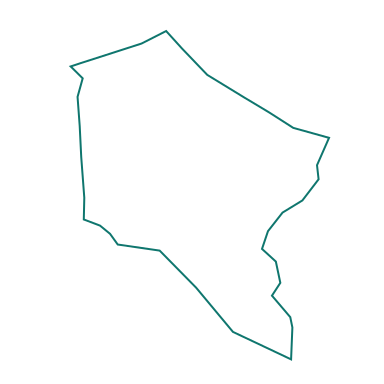 the district of Kanem, Kanem, Chad, rotated 95°
{"feature_id": "50815135B90270246712933", "entity_name": "Kanem", "entity_type": "district", "adm_level": 2, "iso_a3": "TCD", "parent_name": "Chad", "parent_adm1": "Kanem", "projection": "equal_earth", "projection_center": [15.3, 14.131], "detail": "fine", "context": "isolated", "style": "outline", "palette": "teal", "viewbox_px": 384, "rotation_deg": 95, "n_neighbors": 0, "source": "geoboundaries", "source_scale": "gbopen_adm2", "svg_char_len": 625}
<svg xmlns="http://www.w3.org/2000/svg" viewBox="0 0 384 384"><g transform="rotate(95 192 192)"><path d="M350.1,78.7L318.2,80.2L308.1,83.2L288.3,103.3L274.8,96.1L254.0,102.4L242.6,117.3L224.4,112.9L204.6,100.0L190.8,81.3L168.3,67.0L154.4,69.8L126.1,60.2L119.3,96.7L106.1,121.9L93.4,148.0L74.0,187.0L49.9,214.5L33.9,231.8L48.5,255.2L59.0,280.1L73.3,314.1L74.4,316.6L77.5,323.8L88.3,310.8L107.2,314.3L136.2,309.6L166.8,305.4L207.1,298.8L216.3,298.2L228.8,297.4L233.5,280.7L240.8,270.0L250.8,261.4L253.2,219.1L287.0,179.5L312.7,154.0L327.8,139.0L331.5,129.0L350.1,78.7Z" fill="none" stroke="#0f766e" stroke-width="2"/></g></svg>